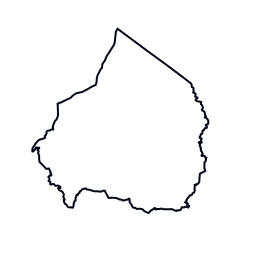 the district of Ea Sup, Đắk Lắk, Vietnam, rotated 106°
{"feature_id": "81297802B87471755079038", "entity_name": "Ea Sup", "entity_type": "district", "adm_level": 2, "iso_a3": "VNM", "parent_name": "Vietnam", "parent_adm1": "Đắk Lắk", "projection": "robinson", "projection_center": [107.824, 13.181], "detail": "fine", "context": "isolated", "style": "outline", "palette": "ink", "viewbox_px": 256, "rotation_deg": 106, "n_neighbors": 0, "source": "geoboundaries", "source_scale": "gbopen_adm2", "svg_char_len": 5787}
<svg xmlns="http://www.w3.org/2000/svg" viewBox="0 0 256 256"><g transform="rotate(106 128 128)"><path d="M189.8,195.3L189.3,194.0L188.8,193.1L188.8,192.8L191.7,190.2L192.1,190.4L192.6,190.2L193.9,188.9L194.4,188.7L194.7,188.7L195.0,189.0L195.1,189.8L195.3,190.1L196.7,191.0L197.2,191.0L198.0,189.9L199.3,189.3L199.8,189.2L200.1,189.3L200.7,189.7L201.0,189.6L201.0,188.3L201.1,188.0L201.3,187.8L203.2,187.4L203.4,187.3L203.6,187.1L203.6,186.4L203.4,186.1L202.8,185.3L202.5,184.8L202.4,183.9L202.5,183.5L203.5,182.1L203.5,181.9L203.5,181.4L202.7,179.7L202.7,178.7L202.9,177.7L203.3,177.0L203.6,176.6L203.8,176.5L204.3,176.6L204.4,176.8L204.5,178.1L204.5,178.4L204.7,178.5L205.2,178.5L205.7,178.1L206.7,176.7L206.9,176.1L207.1,174.5L207.5,173.5L207.8,173.0L208.7,172.0L210.1,171.2L212.0,171.3L214.2,169.2L214.6,169.2L215.1,169.9L217.2,168.7L218.0,167.9L219.0,165.7L220.2,164.4L220.5,164.0L220.5,163.4L220.4,162.1L219.9,160.8L219.9,160.0L220.0,159.7L219.7,159.1L219.4,158.9L216.3,159.1L215.4,159.4L214.1,159.4L213.4,159.4L213.1,159.2L212.6,158.5L212.3,158.4L211.5,158.5L210.9,158.9L210.2,159.1L208.9,158.9L206.7,159.0L206.4,158.9L206.3,157.9L205.9,157.8L205.0,157.8L204.7,157.7L204.0,157.0L203.7,156.7L203.4,156.7L202.7,156.9L202.4,156.9L201.5,156.0L200.7,155.6L199.4,155.0L198.6,153.6L197.9,152.6L197.7,152.0L198.4,150.8L198.1,148.2L198.1,143.2L197.9,141.9L197.1,139.5L197.0,137.7L196.8,137.1L196.4,136.1L194.7,133.9L194.7,133.1L200.3,127.8L200.5,127.5L200.5,127.1L200.4,126.8L199.5,124.5L198.6,120.5L198.6,118.3L199.0,116.6L198.9,115.7L198.7,114.5L198.8,113.6L199.1,112.9L199.0,112.4L197.6,110.1L196.9,108.8L196.5,108.3L195.7,107.7L195.6,107.4L196.0,106.9L196.9,106.5L197.9,106.4L198.4,106.2L198.8,105.9L201.3,103.0L202.7,101.8L203.1,101.1L202.8,99.1L203.3,97.4L203.3,96.7L202.9,96.0L202.4,94.6L202.2,93.3L202.2,92.0L202.3,91.2L203.3,89.6L203.8,87.3L204.1,85.5L204.0,85.0L203.8,84.8L203.4,84.4L202.4,84.1L202.2,83.7L201.5,83.6L200.2,82.5L199.4,81.6L197.5,80.3L197.5,80.0L197.7,79.8L198.3,79.6L198.6,79.4L198.7,79.0L198.4,78.5L197.9,78.2L197.3,75.6L196.3,73.9L196.2,73.2L196.4,72.1L195.4,68.5L195.2,67.4L193.9,63.5L194.0,62.3L194.3,61.5L194.3,59.6L194.4,58.6L194.3,58.4L194.0,58.2L193.7,58.2L193.4,57.8L193.2,57.3L193.2,56.2L192.2,54.9L190.8,54.6L189.7,54.5L189.4,54.4L189.1,53.9L189.1,52.6L189.0,52.3L187.9,51.4L187.8,50.9L187.8,48.2L187.5,48.0L186.7,47.7L186.0,47.8L185.9,47.9L185.8,48.3L185.9,49.4L185.6,50.0L185.1,50.0L184.4,49.7L184.2,49.7L183.9,50.0L184.0,51.3L184.0,51.9L183.7,52.5L182.8,52.3L182.5,51.9L182.2,51.6L181.2,51.8L180.7,51.6L180.1,51.7L176.8,50.3L176.0,50.2L175.7,49.6L174.5,48.2L174.0,48.0L172.9,47.9L172.4,47.5L172.2,47.1L171.9,46.7L171.3,46.5L170.1,46.8L169.0,46.7L168.6,47.0L167.7,47.4L166.2,47.7L165.2,47.8L164.3,48.2L164.0,47.5L164.0,46.8L163.3,46.9L163.0,45.9L162.7,45.6L162.3,45.6L162.0,45.5L161.6,45.1L160.7,44.6L159.2,44.8L155.2,45.8L153.9,45.9L152.2,46.3L147.9,41.9L145.3,43.6L140.3,44.9L140.0,45.0L139.3,44.6L138.8,44.5L138.4,44.3L137.8,44.4L137.5,44.2L137.1,44.4L136.3,44.4L136.0,44.8L135.8,44.8L135.0,44.6L135.0,45.2L134.7,45.9L134.5,46.2L133.7,46.8L133.8,47.6L134.1,48.1L134.5,49.2L134.5,49.5L134.4,49.6L133.8,49.7L133.1,49.1L132.9,49.1L132.4,49.4L132.0,49.3L131.8,49.3L131.0,50.1L130.3,50.7L129.7,51.7L129.3,51.8L129.0,52.0L127.9,52.0L127.5,52.6L126.5,52.8L126.1,53.0L125.9,53.3L125.8,53.8L125.4,54.1L124.7,54.3L123.9,54.1L123.5,54.3L122.9,55.5L122.4,56.0L122.2,56.0L121.8,55.6L121.5,55.0L121.5,54.5L121.9,53.5L121.9,53.3L121.7,53.2L121.4,53.2L120.5,54.1L119.3,54.5L118.9,54.5L118.4,54.2L118.0,54.2L117.8,54.5L117.9,55.4L117.8,56.0L117.4,56.4L116.9,56.7L115.5,56.1L114.5,56.3L114.1,56.3L113.7,56.0L113.4,55.5L112.9,55.1L112.6,55.1L112.0,55.1L110.6,55.6L110.2,55.5L109.2,54.9L108.8,54.3L107.6,54.3L107.0,54.1L106.9,53.9L106.7,53.0L106.3,52.5L106.0,52.4L105.2,52.5L104.7,52.7L104.4,53.0L104.4,53.6L104.3,53.8L103.9,54.0L103.5,54.1L103.4,53.9L103.0,53.2L102.5,52.6L102.1,52.2L101.5,52.1L98.8,52.9L97.8,53.8L97.2,54.7L96.8,55.6L96.7,56.8L96.5,57.1L96.4,57.2L96.1,57.1L95.8,56.9L95.5,56.4L95.2,56.4L94.8,56.6L94.7,57.0L94.1,57.5L91.6,58.8L91.2,59.3L90.6,61.5L90.1,62.1L89.7,62.1L89.1,61.7L88.8,61.6L88.1,61.6L87.5,61.7L87.1,61.9L86.5,62.6L85.7,63.1L85.0,64.4L84.6,64.7L83.3,64.7L83.0,64.8L82.8,65.0L82.8,65.6L83.2,68.5L82.9,70.3L82.6,70.7L82.2,70.8L81.9,70.7L80.2,69.6L79.8,69.5L79.6,69.9L79.4,71.9L79.2,72.1L78.9,72.2L77.0,72.3L76.3,72.7L76.1,73.6L76.1,74.9L76.0,75.0L75.8,75.2L75.5,75.2L74.6,74.9L74.2,75.0L73.2,75.7L72.0,75.9L71.5,76.1L71.3,76.4L71.0,77.5L70.9,77.9L68.0,79.3L64.3,88.5L56.0,110.4L48.0,132.2L35.5,165.4L38.0,166.0L39.4,166.1L43.8,165.3L49.5,164.3L52.2,164.5L65.3,168.4L68.7,168.7L70.3,169.0L73.0,170.1L74.2,170.1L77.5,169.6L78.8,170.4L80.2,170.8L83.1,171.2L84.4,171.6L86.3,171.8L89.3,171.6L90.8,171.2L92.6,170.9L95.7,171.0L96.5,172.2L98.9,174.9L101.2,176.9L105.7,181.6L106.2,182.3L106.8,183.3L108.7,187.0L109.7,188.0L111.3,189.4L113.3,190.7L114.7,191.4L122.2,199.8L122.8,201.1L123.7,201.6L124.1,202.3L134.7,198.8L137.5,198.8L139.1,199.0L140.3,199.5L141.4,200.1L142.1,200.3L144.2,200.4L147.3,200.8L149.8,199.5L150.2,199.5L150.2,200.8L152.0,202.7L153.0,204.9L154.0,205.2L154.9,205.1L155.5,204.8L156.4,204.9L157.9,205.2L158.7,205.8L159.9,205.2L160.1,205.1L160.5,205.2L162.3,207.6L163.7,210.1L165.7,211.3L168.6,212.7L170.5,213.1L172.4,213.8L173.7,214.1L176.0,213.9L176.9,213.3L176.8,213.0L176.4,212.5L175.8,212.4L175.1,212.0L174.4,211.4L173.9,211.4L173.6,211.4L173.0,210.9L172.8,210.9L172.6,211.2L172.4,211.2L172.1,210.5L171.8,210.3L171.7,210.1L172.0,209.4L171.9,208.9L171.4,208.0L171.6,207.8L172.1,207.8L172.5,208.1L173.0,208.9L173.5,209.0L174.3,208.6L175.0,207.5L175.4,207.4L176.8,207.6L178.4,206.3L179.6,205.6L180.3,205.4L181.5,205.2L184.8,203.8L185.5,202.8L187.6,199.0L189.8,195.3Z" fill="none" stroke="#020617" stroke-width="2"/></g></svg>